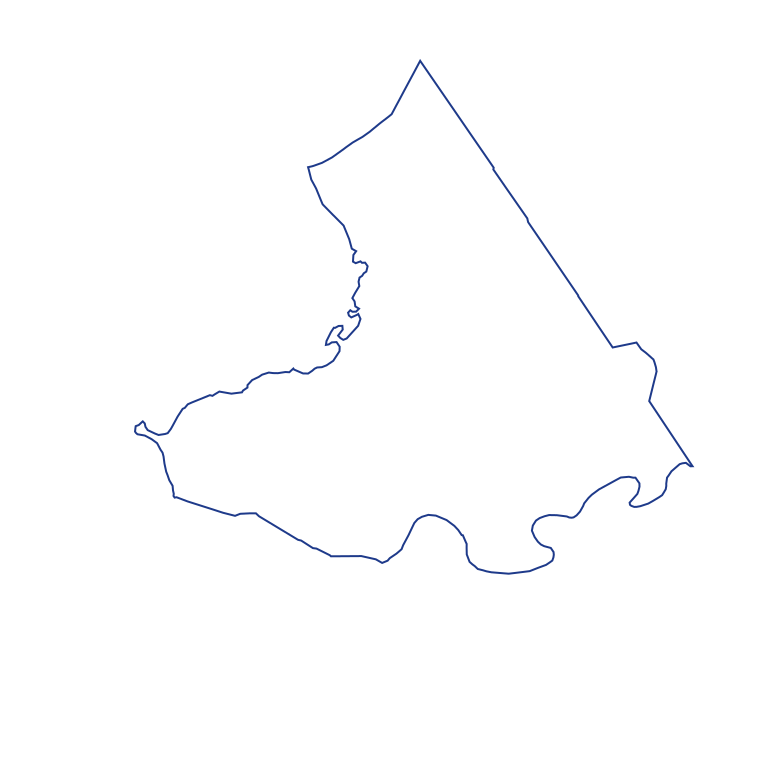 the district of Jokadu, North Bank, Gambia, rotated 56°
{"feature_id": "56634734B78170872061000", "entity_name": "Jokadu", "entity_type": "district", "adm_level": 2, "iso_a3": "GMB", "parent_name": "Gambia", "parent_adm1": "North Bank", "projection": "robinson", "projection_center": [-16.187, 13.51], "detail": "fine", "context": "isolated", "style": "outline", "palette": "blue", "viewbox_px": 768, "rotation_deg": 56, "n_neighbors": 0, "source": "geoboundaries", "source_scale": "gbopen_adm2", "svg_char_len": 3981}
<svg xmlns="http://www.w3.org/2000/svg" viewBox="0 0 768 768"><g transform="rotate(56 384 384)"><path d="M360.2,621.1L361.1,621.1L361.9,619.3L371.5,612.5L391.6,596.6L400.8,589.4L406.4,584.4L410.0,581.2L411.2,575.8L416.4,567.2L417.2,566.1L419.6,562.5L423.7,561.6L451.3,548.8L465.1,542.4L467.5,540.2L480.3,534.7L482.7,532.0L495.6,524.7L497.2,524.3L514.0,499.0L524.8,488.8L531.3,485.6L532.5,479.8L531.6,476.6L531.6,468.5L531.2,464.9L530.8,461.8L528.3,458.2L523.1,448.3L518.6,440.7L516.2,436.6L514.9,431.7L515.3,426.8L517.3,420.4L518.0,419.6L522.1,414.6L531.8,408.2L541.0,405.0L545.4,404.3L546.6,404.1L552.7,404.1L553.5,403.2L560.3,404.5L562.8,404.9L566.0,407.1L571.6,410.7L579.3,412.5L582.9,411.6L585.7,410.6L589.8,409.7L593.8,406.1L596.6,403.8L600.2,400.2L611.0,386.7L614.6,379.7L620.6,367.9L622.6,358.9L624.6,350.8L624.6,345.9L624.5,343.2L622.5,340.5L620.5,338.7L618.1,337.4L616.9,337.4L614.4,337.4L613.2,337.4L608.0,341.9L604.8,343.7L600.8,344.6L595.1,344.7L588.3,343.4L584.6,339.8L582.2,334.4L582.2,329.9L583.4,324.9L585.0,320.4L589.4,314.1L595.7,306.9L596.2,306.4L598.2,305.1L599.8,303.2L600.6,301.4L600.6,297.8L599.4,292.9L596.5,287.1L594.9,284.8L592.8,278.1L592.0,273.6L591.6,264.6L592.8,251.7L593.3,246.1L593.9,240.1L594.2,239.5L597.9,232.8L601.1,229.7L601.7,228.7L602.3,227.9L609.2,227.8L612.0,229.6L614.8,232.7L616.8,235.4L618.1,240.4L619.7,246.7L621.7,247.6L623.3,247.1L625.8,245.3L627.0,243.5L628.6,239.9L630.9,231.8L631.3,226.8L631.7,219.2L631.7,215.6L630.5,212.9L628.8,209.3L626.4,207.0L624.4,205.7L619.9,201.7L619.1,199.4L617.1,194.5L615.8,183.7L616.6,181.0L618.2,177.8L623.5,176.0L624.7,174.2L621.8,174.2L547.5,173.7L546.5,173.7L534.2,160.1L528.1,153.3L525.9,150.9L525.7,150.9L525.1,150.6L522.2,149.2L517.2,147.6L514.3,146.9L511.8,147.6L511.2,147.7L504.4,149.5L499.1,151.3L490.8,151.5L488.3,157.7L481.6,174.0L481.1,174.0L476.3,174.0L455.0,174.0L419.8,173.9L419.2,173.5L361.6,173.8L330.5,174.0L328.3,173.2L326.9,172.6L292.1,173.1L267.3,173.4L266.0,172.1L224.7,172.5L201.1,172.7L137.3,173.3L136.3,173.3L143.2,186.3L152.3,203.6L157.0,212.4L159.3,216.8L159.5,217.2L164.6,226.8L165.0,231.5L165.5,240.0L165.7,242.6L166.5,250.9L166.9,254.7L167.1,262.9L167.1,263.9L166.7,269.1L166.3,275.0L166.5,282.7L166.7,286.2L167.1,300.4L166.0,311.7L163.9,319.9L163.4,321.6L162.4,324.2L161.8,325.7L164.2,326.5L173.9,330.0L182.3,330.8L184.1,331.0L197.1,333.7L200.7,334.4L202.5,334.1L215.6,331.7L216.4,331.5L230.1,328.9L232.0,329.3L244.6,331.9L253.7,335.0L253.9,335.0L258.3,332.8L259.9,337.2L265.2,341.3L268.0,339.9L269.2,334.9L271.2,334.5L272.8,331.8L277.2,331.7L280.9,335.8L280.9,338.9L282.1,341.6L282.1,344.8L282.9,345.6L283.4,346.2L285.0,347.9L289.0,349.7L291.8,355.8L292.3,356.9L295.1,362.2L299.1,362.2L303.6,364.4L307.6,362.6L308.4,366.7L306.4,369.8L304.0,370.7L304.8,373.9L307.6,374.8L310.5,373.9L311.6,367.6L311.6,366.2L316.9,367.1L318.7,369.5L321.3,372.9L325.4,389.5L324.6,393.1L321.4,394.5L318.2,395.0L315.8,387.8L312.5,386.0L310.5,389.2L310.1,393.2L309.3,394.1L311.4,399.1L314.7,404.9L316.2,407.6L319.1,410.3L320.3,407.6L320.3,404.0L322.7,399.9L327.1,399.9L328.3,399.9L331.9,402.5L336.4,413.1L336.4,421.2L335.3,426.1L332.9,430.2L332.6,432.3L332.5,432.9L332.9,436.1L332.9,441.0L330.1,445.1L329.7,445.4L321.7,450.5L320.5,450.5L321.3,455.9L318.9,459.1L315.7,465.9L312.9,469.9L310.1,473.1L308.1,479.8L308.1,483.9L307.0,491.1L308.6,497.8L310.6,499.2L310.6,504.6L311.5,506.4L308.3,512.7L306.7,515.9L299.4,523.5L298.2,524.7L297.9,530.5L297.9,532.8L295.9,534.6L291.9,553.5L291.1,558.0L292.4,562.5L292.0,564.8L295.6,573.3L296.8,575.6L300.5,582.7L302.1,585.9L303.8,590.8L303.0,593.5L300.2,599.4L297.0,601.6L290.1,605.7L286.9,605.7L286.1,605.7L282.9,604.4L280.1,604.9L280.2,605.8L280.9,610.3L280.1,613.4L280.6,613.9L284.2,617.0L285.8,617.0L287.8,616.5L293.0,611.1L299.8,607.5L306.2,605.2L313.5,606.0L317.1,606.0L320.8,607.3L327.2,610.5L334.9,613.6L338.5,614.4L343.7,615.8L350.2,616.2L354.2,618.4L357.5,619.7L359.1,621.1L360.2,621.1Z" fill="none" stroke="#1e3a8a" stroke-width="2"/></g></svg>